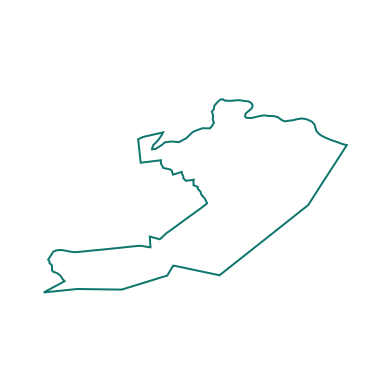 the district of Buriti dos Lopes, Piauí, Brazil, rotated 83°
{"feature_id": "56859067B71763963739929", "entity_name": "Buriti dos Lopes", "entity_type": "district", "adm_level": 2, "iso_a3": "BRA", "parent_name": "Brazil", "parent_adm1": "Piauí", "projection": "equal_earth", "projection_center": [-41.834, -3.271], "detail": "fine", "context": "isolated", "style": "outline", "palette": "teal", "viewbox_px": 384, "rotation_deg": 83, "n_neighbors": 0, "source": "geoboundaries", "source_scale": "gbopen_adm2", "svg_char_len": 2362}
<svg xmlns="http://www.w3.org/2000/svg" viewBox="0 0 384 384"><g transform="rotate(83 192 192)"><path d="M103.8,152.7L105.6,155.4L107.6,157.6L109.4,159.5L112.3,160.1L114.6,162.5L117.3,161.9L119.6,161.9L122.4,162.6L126.0,161.8L128.9,164.1L131.0,166.4L130.0,173.9L131.6,180.9L132.6,184.1L137.8,190.9L138.7,193.1L140.9,198.9L140.2,202.0L139.4,206.5L139.4,212.9L141.8,216.5L144.8,222.8L144.8,226.5L143.0,225.9L140.6,224.6L139.4,223.0L137.9,221.0L136.3,219.3L134.8,217.7L132.9,216.1L131.0,214.6L129.3,213.5L131.4,233.8L133.1,239.0L156.7,239.4L156.7,236.4L156.7,233.4L156.7,219.0L158.4,219.3L160.1,219.3L164.6,217.6L166.9,211.0L168.3,209.5L172.4,208.8L171.7,204.2L170.7,199.7L173.3,199.6L174.9,198.7L177.4,198.9L180.2,196.5L180.1,193.4L180.1,191.1L180.1,188.7L181.8,189.3L185.4,189.6L187.7,185.7L189.7,185.7L192.8,183.5L195.8,183.0L200.4,179.9L205.0,178.4L206.3,180.0L207.3,182.1L208.4,183.7L209.7,186.2L211.0,188.3L212.0,190.4L213.2,192.4L214.4,194.6L215.6,196.9L216.6,198.6L218.5,202.1L220.8,206.1L222.4,209.1L223.4,210.8L225.2,214.0L226.8,216.9L228.1,219.3L229.2,221.4L230.4,223.4L232.1,225.6L233.8,227.9L235.0,229.7L231.1,239.3L241.8,240.0L241.2,242.6L239.8,247.1L239.1,249.4L238.9,252.9L238.8,256.2L238.8,258.8L238.7,261.9L238.7,264.9L238.6,269.6L238.5,274.8L238.4,278.4L238.4,281.6L238.3,285.2L238.2,289.3L238.1,293.1L238.0,296.6L237.9,298.8L237.9,301.7L237.8,305.4L237.7,309.5L237.6,312.7L237.3,316.6L236.3,320.3L235.1,323.9L234.4,326.1L233.7,328.4L233.5,330.7L233.4,333.7L234.3,336.9L239.7,341.4L241.6,343.0L243.3,341.9L245.2,342.1L247.6,340.0L250.7,340.2L252.7,340.5L254.3,339.5L255.1,337.5L256.8,334.9L258.4,333.4L260.4,332.0L262.9,330.9L265.0,329.3L273.6,351.4L274.3,317.6L280.3,273.8L273.6,236.3L272.8,231.9L272.0,226.8L268.5,224.1L262.8,219.6L263.4,217.5L278.0,174.8L251.5,131.3L219.1,78.2L214.2,74.2L201.2,63.4L164.3,32.6L162.7,37.0L160.2,41.7L157.5,47.4L153.9,53.6L152.0,56.4L150.0,58.7L148.6,59.8L146.7,61.0L143.9,61.6L140.0,62.2L136.7,64.5L134.2,68.6L132.9,71.9L132.4,74.3L132.5,78.6L133.0,82.5L133.2,91.1L131.6,94.1L128.4,97.4L126.8,101.0L126.1,105.0L125.7,107.5L124.8,110.6L124.8,114.6L125.8,124.2L125.0,129.0L123.2,130.2L120.6,129.1L117.1,123.8L115.5,121.9L113.5,121.3L110.8,122.3L108.9,125.0L107.7,130.3L106.9,132.7L106.4,136.5L106.2,142.6L105.8,145.9L105.0,148.7L103.7,150.1L103.8,152.7Z" fill="none" stroke="#0f766e" stroke-width="2"/></g></svg>